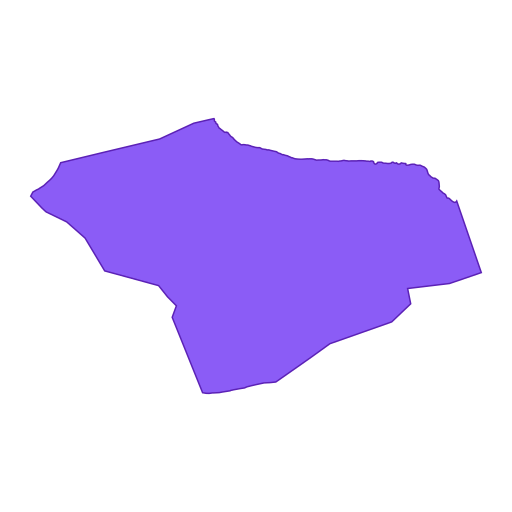 Xo'xmorit, Govi-Altay, Mongolia (Natural Earth projection)
{"feature_id": "93677404B45004975907355", "entity_name": "Xo'xmorit", "entity_type": "district", "adm_level": 2, "iso_a3": "MNG", "parent_name": "Mongolia", "parent_adm1": "Govi-Altay", "projection": "natural_earth1", "projection_center": [94.596, 47.393], "detail": "fine", "context": "isolated", "style": "filled", "palette": "violet", "viewbox_px": 512, "rotation_deg": 0, "n_neighbors": 0, "source": "geoboundaries", "source_scale": "gbopen_adm2", "svg_char_len": 6001}
<svg xmlns="http://www.w3.org/2000/svg" viewBox="0 0 512 512"><path d="M456.7,201.0L456.5,201.3L456.1,201.8L455.8,202.1L455.3,202.3L454.9,202.3L454.5,202.4L454.1,202.3L453.9,202.2L453.5,202.0L452.8,201.6L452.2,201.2L451.7,200.8L451.3,200.4L450.7,199.9L450.2,199.4L449.8,199.0L449.2,198.5L448.7,198.2L448.4,198.1L448.1,198.1L447.8,198.1L447.4,198.1L447.1,198.0L446.9,197.8L446.8,197.7L446.7,197.5L446.7,197.3L446.3,196.4L445.8,195.3L445.6,194.8L444.9,194.2L444.6,193.9L443.3,193.2L442.8,192.8L442.0,192.0L441.6,191.6L440.7,190.9L439.5,189.8L439.1,189.3L438.9,189.0L438.9,188.6L439.1,187.8L439.3,186.8L439.3,186.4L439.3,186.1L439.0,182.8L438.8,181.8L438.7,181.4L438.5,180.9L438.3,180.6L437.9,180.3L437.6,180.0L437.0,179.6L435.6,178.6L435.1,178.3L434.9,178.3L434.6,178.3L434.5,178.2L434.1,178.3L433.7,178.2L433.2,178.1L432.7,177.9L432.4,177.7L431.8,177.3L430.8,176.7L430.4,176.2L429.5,175.3L428.7,174.7L428.0,173.4L427.4,171.4L427.0,170.1L426.6,169.2L426.1,168.7L425.5,168.1L424.8,167.5L424.0,166.9L423.1,166.6L422.4,166.3L421.7,166.0L421.0,165.6L420.4,165.3L419.8,165.2L419.4,165.2L418.7,165.3L418.1,165.3L417.5,165.3L416.5,165.1L415.7,164.8L415.1,164.5L414.6,164.3L414.1,164.2L412.6,164.2L411.7,164.3L410.8,164.4L409.0,165.0L408.3,165.1L407.6,165.2L407.1,165.2L406.6,165.2L406.3,165.0L405.8,164.6L405.8,164.2L405.8,163.8L405.8,163.6L405.5,163.5L404.7,163.5L403.1,163.3L401.6,163.0L401.4,162.9L401.2,163.0L400.7,163.3L400.3,163.7L399.6,164.0L399.2,164.1L398.8,164.1L398.3,164.1L397.4,163.7L397.0,163.4L396.7,162.9L396.4,162.8L396.1,162.9L395.7,163.2L395.3,163.3L394.8,163.2L394.5,163.1L394.0,162.8L393.6,162.6L393.3,162.3L392.8,162.2L392.3,162.2L392.0,162.3L391.4,162.9L391.1,163.1L390.7,163.2L389.9,163.4L389.2,163.5L388.6,163.5L387.6,163.5L386.3,163.3L385.5,163.2L384.1,163.2L383.5,163.1L382.8,162.9L382.2,162.5L381.3,162.2L380.7,162.2L380.0,162.2L378.4,162.3L378.0,162.3L377.6,162.5L377.4,162.6L377.3,162.8L377.2,163.2L376.9,163.5L376.5,163.7L376.1,163.9L375.6,164.1L375.2,164.1L374.9,164.0L374.6,163.8L374.2,163.4L373.9,162.9L373.6,162.3L373.5,161.6L373.3,161.5L373.0,161.5L372.9,161.4L372.5,161.1L372.3,161.1L371.3,161.0L371.0,161.0L370.8,161.0L370.6,161.1L370.4,161.3L370.2,161.4L369.9,161.4L369.5,161.4L368.7,161.2L368.3,161.2L367.4,161.2L367.2,161.1L366.7,161.2L366.4,161.1L366.2,161.1L365.3,160.9L364.7,160.9L364.0,160.8L361.9,160.7L360.1,160.7L358.7,160.7L357.5,160.8L356.6,160.9L355.9,160.9L355.0,160.9L354.4,160.9L352.7,160.9L351.0,160.9L349.6,161.0L348.8,161.1L348.4,161.1L348.1,161.0L348.0,160.9L347.7,160.9L347.0,160.8L346.7,160.8L346.1,160.7L344.9,160.6L344.4,160.4L343.8,160.4L343.4,160.4L343.0,160.5L342.2,160.7L341.2,160.9L340.4,161.0L340.0,161.0L339.3,161.1L339.0,161.2L338.7,161.3L338.3,161.3L336.7,161.2L335.6,161.2L334.8,161.2L333.4,161.2L332.8,161.2L331.9,161.2L330.3,161.2L329.6,161.0L329.2,160.9L328.4,160.4L328.0,160.3L327.6,160.2L327.2,160.0L326.3,159.8L324.3,159.8L323.6,159.7L323.1,159.7L321.8,159.9L320.4,160.0L318.6,160.0L317.5,160.1L317.1,160.1L316.8,160.2L316.5,160.1L316.1,160.1L315.7,159.9L315.2,159.7L314.6,159.6L314.0,159.3L313.6,159.2L312.3,158.9L311.6,158.8L311.4,158.8L310.4,158.8L309.3,158.8L308.2,158.9L307.2,158.8L306.5,158.9L305.0,159.0L302.2,159.2L301.4,159.2L300.7,159.2L299.9,159.2L298.1,159.1L296.1,158.9L295.3,158.8L294.5,158.6L293.9,158.4L293.3,158.2L292.9,158.0L292.5,157.8L292.0,157.8L291.5,157.7L290.9,157.4L290.6,157.3L290.2,157.1L289.8,156.8L289.5,156.7L288.8,156.6L288.5,156.4L288.3,156.3L288.1,156.1L287.8,155.9L287.4,155.8L287.0,155.7L286.5,155.6L285.8,155.4L285.2,155.3L284.3,155.0L283.6,154.7L283.2,154.7L282.8,154.7L282.5,154.7L282.2,154.6L281.8,154.4L281.2,154.1L280.7,153.8L280.4,153.6L280.0,153.5L279.7,153.4L279.0,153.3L278.1,152.9L277.7,152.6L277.2,152.2L276.7,151.9L276.4,151.7L275.9,151.6L275.1,151.4L274.4,151.3L273.2,151.0L270.2,150.3L269.5,150.1L269.0,149.9L268.6,149.9L268.1,149.9L267.2,149.9L266.8,149.8L265.8,149.4L265.4,149.4L264.5,149.3L264.0,149.2L263.0,149.1L262.7,149.1L262.3,149.0L262.1,148.9L261.4,148.5L260.7,148.2L260.1,147.8L259.8,147.7L259.5,147.7L259.1,147.6L257.9,147.7L257.5,147.6L257.1,147.6L256.4,147.5L255.2,147.3L254.2,147.0L252.7,146.6L251.9,146.4L251.2,146.2L250.5,145.8L249.7,145.6L248.9,145.4L248.1,145.1L247.2,145.0L246.4,145.0L245.3,144.8L244.6,144.7L243.8,144.6L243.4,144.6L243.0,144.6L242.2,144.8L241.9,144.8L241.5,144.8L241.0,144.7L240.7,144.5L240.1,144.0L239.5,143.6L238.5,142.9L238.1,142.7L237.0,142.0L236.8,141.9L236.5,141.6L236.2,141.3L235.3,140.5L234.6,139.8L234.1,139.4L233.8,139.0L233.6,138.5L233.3,138.2L233.0,138.0L232.7,137.7L232.3,137.3L231.4,136.8L230.7,136.3L230.2,135.7L229.7,135.0L228.9,134.1L228.5,133.5L227.8,132.6L227.7,132.5L227.4,132.4L227.2,132.4L226.9,132.5L226.7,132.5L226.5,132.4L226.4,132.3L226.4,132.2L226.2,132.1L225.9,132.2L225.3,132.3L224.9,132.4L224.7,132.3L224.3,132.1L223.4,131.3L222.7,130.7L220.8,129.3L220.3,128.8L219.9,128.5L219.6,128.4L219.3,128.2L219.0,127.8L218.6,127.1L218.0,126.2L217.8,125.7L217.7,125.2L217.6,124.7L217.5,124.4L217.4,124.3L217.2,124.1L216.9,124.0L216.4,123.8L216.2,123.6L216.0,123.4L215.9,123.2L215.8,122.7L215.8,122.2L215.7,122.0L215.5,121.9L215.1,121.6L214.9,121.5L214.7,121.3L214.5,121.1L214.4,120.7L214.4,120.3L214.4,120.0L214.3,119.3L214.2,119.0L214.0,118.6L213.9,118.6L208.9,119.7L193.8,123.2L159.6,139.0L104.2,152.2L60.7,162.7L58.3,168.1L57.2,170.1L53.7,175.8L51.7,178.2L49.7,180.2L47.4,182.2L43.8,185.6L40.8,187.5L39.5,188.3L38.6,189.0L36.6,189.9L35.7,190.4L34.6,191.1L32.9,192.0L30.7,196.2L41.9,208.0L45.3,211.2L45.6,211.4L46.1,211.9L66.7,221.9L85.1,238.1L91.8,249.3L104.7,270.9L158.6,285.6L167.5,296.8L176.4,305.8L172.2,317.3L202.6,392.7L206.1,393.3L209.1,393.4L212.6,392.9L213.9,392.9L219.4,392.6L222.4,392.0L230.1,390.8L230.8,390.4L232.3,390.1L233.5,389.8L239.5,388.7L244.6,387.9L245.7,387.4L246.7,386.9L251.4,385.7L256.6,384.5L264.1,382.9L270.2,382.6L275.8,382.0L303.8,362.4L312.3,356.4L329.9,343.7L391.7,321.9L410.7,303.8L407.6,288.5L449.5,283.5L481.3,272.6L456.7,201.0Z" fill="#8b5cf6" stroke="#5b21b6" stroke-width="1.5"/></svg>